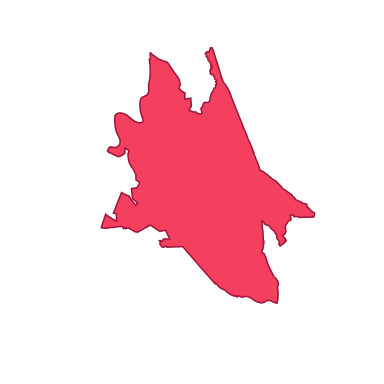 the district of Līvbērzes pag., Jelgava, Latvia, rotated 237°
{"feature_id": "27541924B18412094384348", "entity_name": "Līvbērzes pag.", "entity_type": "district", "adm_level": 2, "iso_a3": "LVA", "parent_name": "Latvia", "parent_adm1": "Jelgava", "projection": "equal_earth", "projection_center": [23.561, 56.717], "detail": "fine", "context": "isolated", "style": "filled", "palette": "rose", "viewbox_px": 384, "rotation_deg": 237, "n_neighbors": 0, "source": "geoboundaries", "source_scale": "gbopen_adm2", "svg_char_len": 5997}
<svg xmlns="http://www.w3.org/2000/svg" viewBox="0 0 384 384"><g transform="rotate(237 192 192)"><path d="M53.6,204.0L56.2,206.3L58.2,207.6L58.3,207.5L59.0,208.0L58.9,208.0L60.2,209.2L63.3,210.7L65.7,212.0L66.9,213.1L67.3,214.1L69.9,215.3L73.8,215.3L76.0,214.6L82.6,215.3L89.1,216.1L96.9,218.2L101.0,218.9L102.5,218.1L103.7,217.6L105.3,220.0L106.2,221.1L107.6,222.4L109.2,223.5L110.4,224.3L110.1,224.5L111.9,225.6L112.2,225.3L120.7,230.2L125.7,232.4L125.5,232.5L127.9,233.7L129.5,234.8L128.1,235.8L127.4,235.8L126.4,235.3L125.9,235.4L125.1,235.9L124.0,236.3L123.7,236.9L123.0,237.1L122.6,237.4L122.4,237.8L122.2,238.0L119.0,238.4L116.0,239.0L114.8,239.5L113.8,239.6L111.5,239.4L109.5,239.4L108.9,239.2L108.3,238.8L108.0,238.4L107.5,238.1L106.3,238.0L104.2,238.2L102.1,237.9L101.4,237.4L101.1,236.5L101.0,236.3L100.5,236.3L99.9,236.5L99.4,236.6L98.7,236.5L99.1,242.3L99.5,242.8L100.0,244.7L103.3,244.6L103.3,244.2L106.3,244.4L105.9,246.1L106.5,247.6L106.9,248.0L107.5,248.9L107.9,249.3L111.1,251.0L112.4,251.4L112.7,251.8L115.1,257.0L115.1,257.4L114.7,258.6L115.0,260.3L118.9,261.4L118.4,261.8L118.1,264.4L115.5,264.2L114.1,267.0L112.5,267.8L104.6,280.7L107.6,283.3L111.2,281.7L115.3,281.1L116.0,280.4L119.3,281.6L120.9,280.2L121.6,279.1L125.1,277.7L126.2,276.4L127.4,276.0L128.5,275.1L129.1,274.7L129.6,274.6L130.4,274.9L130.9,275.0L132.4,274.5L132.9,274.2L133.5,274.1L135.2,274.4L135.5,274.3L135.8,274.2L136.2,273.7L137.2,273.1L138.4,273.1L138.7,273.0L139.2,272.6L141.4,271.8L145.8,269.8L148.0,269.8L155.1,268.4L159.2,266.4L165.8,264.5L171.1,262.4L173.4,260.8L173.6,261.1L179.3,262.7L181.9,263.1L182.0,263.0L191.8,265.0L191.6,265.4L200.4,267.1L203.8,267.5L206.6,268.0L210.8,269.1L215.8,269.9L231.1,272.9L249.7,276.6L252.8,277.5L255.6,278.0L255.6,277.9L258.1,278.3L263.3,278.5L264.4,278.3L266.0,278.2L269.1,278.5L270.6,278.9L270.7,278.7L272.3,279.2L272.2,279.3L284.8,282.9L284.7,283.0L286.3,283.5L286.4,283.3L297.3,286.4L301.7,287.5L302.8,286.4L302.6,285.6L301.4,283.9L301.2,284.0L300.7,283.1L300.1,282.7L300.1,282.4L301.6,280.8L301.6,280.7L300.8,278.4L300.7,278.3L300.3,278.8L300.0,278.9L299.7,278.9L299.1,278.7L298.0,277.8L297.0,277.8L296.6,278.3L296.4,278.3L295.4,278.1L293.9,277.3L293.4,277.2L292.0,277.6L290.6,277.6L288.4,277.2L288.2,277.1L287.8,276.4L287.6,276.4L287.1,276.6L286.9,276.9L286.4,277.1L285.9,277.1L285.5,276.7L285.6,276.2L285.9,275.7L285.9,275.4L285.6,275.2L285.0,275.2L284.2,274.7L284.6,273.9L284.6,273.6L283.9,273.1L283.0,272.8L282.3,272.4L281.2,271.9L280.1,272.1L280.1,272.4L279.8,272.7L279.4,272.9L278.9,273.2L278.2,273.5L276.2,273.3L274.8,272.7L273.7,272.8L272.8,273.3L272.3,273.4L272.1,273.3L271.8,273.1L271.7,271.9L271.1,271.7L269.7,271.9L269.1,271.5L269.0,270.4L268.8,270.5L268.8,270.2L267.4,269.1L267.0,268.3L267.0,267.4L266.9,266.9L265.6,265.5L264.6,262.7L264.3,262.2L263.2,260.9L261.4,258.7L259.5,257.3L258.9,256.5L258.6,256.0L258.3,254.9L258.3,254.4L258.5,253.9L260.0,252.0L260.2,251.3L260.3,250.7L260.1,250.1L259.9,249.5L258.0,247.6L257.7,246.8L257.7,246.0L257.5,245.5L257.0,244.9L253.9,243.7L252.8,243.5L252.7,241.9L253.7,240.4L255.4,239.3L257.2,238.7L258.4,236.6L262.0,234.3L262.6,234.7L264.4,238.2L271.4,242.1L273.9,236.6L275.9,237.8L278.8,240.1L282.6,238.1L286.1,237.6L286.4,238.2L287.1,238.6L287.9,240.3L290.8,241.7L293.1,242.5L294.9,242.6L304.7,242.2L314.2,242.1L321.3,236.5L329.7,233.3L330.9,233.2L331.5,232.9L331.4,232.6L330.9,232.3L326.4,229.7L326.1,229.3L326.5,228.4L325.8,228.2L320.4,225.4L317.6,223.7L312.4,220.2L309.9,218.2L306.3,214.7L305.3,213.9L300.7,210.9L299.4,209.8L298.8,209.0L298.3,208.3L298.0,207.5L297.9,206.5L298.2,204.0L298.5,202.5L298.6,201.6L298.5,201.1L298.1,200.1L297.7,199.4L296.6,198.2L294.7,196.6L291.8,194.7L287.8,192.7L284.2,191.5L283.1,191.2L279.7,190.6L278.8,190.1L278.2,189.5L277.8,188.8L277.6,188.0L278.2,186.4L279.7,184.5L281.0,183.5L282.3,182.6L284.0,181.8L285.0,181.4L287.0,180.9L292.0,179.2L293.6,178.3L295.3,177.1L297.0,175.4L298.1,173.6L298.5,172.5L298.6,171.9L298.6,170.7L298.2,169.5L297.8,168.9L296.7,167.9L290.8,164.3L288.3,163.0L285.0,161.8L282.8,161.2L281.6,161.0L276.5,160.4L275.0,160.0L273.0,158.9L272.2,158.2L271.3,157.1L270.8,155.7L270.7,154.9L270.7,153.4L270.9,152.4L271.2,151.6L271.7,150.9L273.3,149.4L274.3,148.1L274.4,147.5L274.4,146.9L273.9,145.6L272.4,143.4L271.0,144.0L270.5,143.8L270.1,144.3L270.0,144.1L269.5,144.5L269.1,145.1L265.6,146.8L263.7,148.2L262.7,148.6L262.1,149.1L261.5,149.9L261.3,150.3L261.1,151.6L260.9,153.4L261.1,156.9L265.4,159.7L261.1,161.7L259.1,159.5L259.0,159.4L259.0,159.2L258.1,158.5L254.3,156.6L251.0,155.4L247.1,154.9L242.9,155.2L237.2,154.4L232.6,151.6L228.4,153.3L225.5,148.3L227.8,143.0L218.9,138.6L212.4,140.4L211.3,137.4L222.1,136.8L222.6,137.1L227.1,134.1L230.0,132.6L217.1,114.6L215.4,116.3L214.7,116.6L208.6,112.8L210.7,111.5L218.0,108.3L220.4,107.5L211.5,96.5L209.7,98.4L208.7,99.8L207.4,102.3L206.9,103.4L206.7,104.2L206.3,105.1L205.6,105.8L204.4,108.4L203.9,109.6L202.6,112.0L201.3,114.5L198.6,114.8L199.0,115.7L198.0,115.8L197.5,116.6L197.3,116.6L197.5,117.2L197.1,117.5L196.5,119.1L189.7,122.5L188.4,124.2L188.2,124.4L187.9,124.4L187.0,139.0L176.6,143.5L174.3,149.0L164.9,147.7L164.7,146.9L164.9,146.4L165.2,146.1L165.9,145.7L166.6,145.0L167.3,144.0L167.9,142.7L168.0,142.2L167.9,141.9L167.6,141.4L166.8,140.5L166.8,140.2L167.1,139.8L168.5,139.1L168.8,138.7L169.0,138.1L167.9,138.1L167.0,137.9L166.5,137.5L166.3,137.0L165.8,136.7L162.6,136.9L161.3,137.5L160.7,140.8L159.4,140.9L151.2,154.5L125.6,158.0L102.4,161.4L103.0,162.2L102.0,162.4L101.6,162.7L99.0,162.7L98.1,162.9L97.0,163.2L94.3,164.5L91.7,166.2L90.6,166.5L89.5,166.6L86.9,167.8L85.2,168.3L82.5,170.2L82.0,170.3L81.6,170.8L81.6,171.5L80.8,172.4L80.0,172.2L79.5,172.6L79.4,173.0L79.8,173.3L79.6,173.6L79.1,174.8L78.6,175.3L77.1,176.1L76.5,176.7L75.6,178.7L75.4,180.0L74.0,181.7L72.5,182.7L69.6,184.4L67.2,185.2L64.2,186.9L61.1,189.8L60.1,192.5L60.2,194.3L60.2,195.7L59.4,197.3L56.8,199.6L55.5,200.1L52.8,202.3L52.9,202.5L52.5,202.8L53.6,204.0Z" fill="#f43f5e" stroke="#9f1239" stroke-width="1.5"/></g></svg>